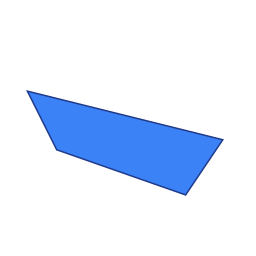 map outline of Ewa (Albers equal-area conic projection), rotated 145°
{"feature_id": "NRU-4977", "entity_name": "Ewa", "entity_type": "state/province", "adm_level": 1, "iso_a3": "NRU", "parent_name": "Nauru", "parent_adm1": "", "projection": "albers", "projection_center": [166.932, -0.502], "detail": "fine", "context": "isolated", "style": "filled", "palette": "blue", "viewbox_px": 256, "rotation_deg": 145, "n_neighbors": 0, "source": "natural_earth", "source_scale": "10m", "svg_char_len": 226}
<svg xmlns="http://www.w3.org/2000/svg" viewBox="0 0 256 256"><g transform="rotate(145 128 128)"><path d="M57.1,64.0L119.2,40.1L198.9,151.0L189.3,215.9L57.1,64.0Z" fill="#3b82f6" stroke="#1e3a8a" stroke-width="1.5"/></g></svg>